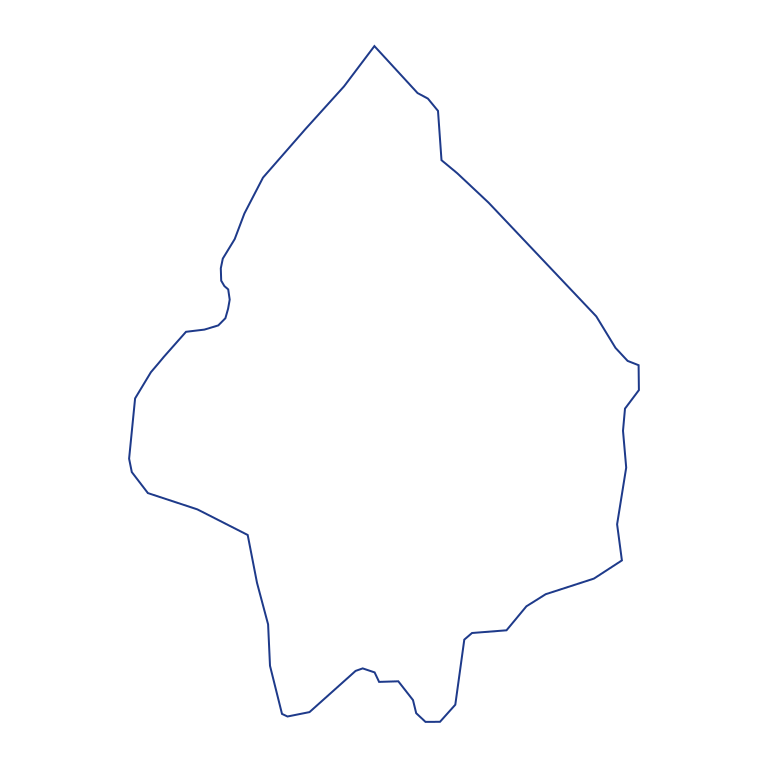 San Pablo Jocopilas, Suchitepéquez, Guatemala (Robinson projection)
{"feature_id": "79465075B77711429461890", "entity_name": "San Pablo Jocopilas", "entity_type": "district", "adm_level": 2, "iso_a3": "GTM", "parent_name": "Guatemala", "parent_adm1": "Suchitepéquez", "projection": "robinson", "projection_center": [-91.434, 14.594], "detail": "fine", "context": "isolated", "style": "outline", "palette": "blue", "viewbox_px": 768, "rotation_deg": 0, "n_neighbors": 0, "source": "geoboundaries", "source_scale": "gbopen_adm2", "svg_char_len": 903}
<svg xmlns="http://www.w3.org/2000/svg" viewBox="0 0 768 768"><path d="M638.6,365.2L627.6,360.9L615.5,347.9L596.3,316.4L488.6,202.7L457.3,173.3L441.5,160.2L438.0,110.9L427.9,98.6L417.6,93.1L374.4,46.1L344.0,86.4L305.3,129.2L263.0,177.6L244.4,213.5L234.7,239.1L222.8,258.6L220.8,268.3L221.2,280.7L224.4,286.1L228.2,289.4L229.7,299.6L228.1,308.7L225.4,318.2L218.3,325.4L204.4,329.6L186.0,331.8L163.8,356.9L158.4,363.4L150.9,372.2L135.1,398.4L129.1,458.7L131.8,472.1L147.9,493.1L197.4,509.4L247.7,535.0L257.0,582.8L268.1,624.4L270.0,665.8L282.0,713.9L287.5,716.5L309.5,712.1L355.6,670.9L362.7,668.4L374.6,672.4L379.1,681.9L398.3,681.3L413.0,700.1L416.2,713.2L425.5,721.9L440.0,721.8L455.3,704.7L464.3,639.6L472.0,633.0L506.5,630.3L526.4,606.3L545.7,594.2L593.9,578.6L621.9,560.4L617.1,524.3L626.2,467.6L623.0,430.8L625.0,408.6L638.9,390.1L638.6,365.2Z" fill="none" stroke="#1e3a8a" stroke-width="2"/></svg>